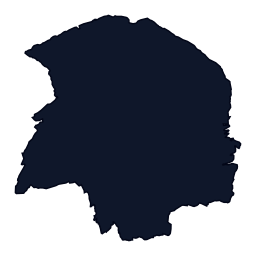 outline of Pacureti, Prahova, Romania
{"feature_id": "2599482B22577763197950", "entity_name": "Pacureti", "entity_type": "district", "adm_level": 2, "iso_a3": "ROU", "parent_name": "Romania", "parent_adm1": "Prahova", "projection": "albers", "projection_center": [26.139, 45.145], "detail": "fine", "context": "isolated", "style": "filled", "palette": "ink", "viewbox_px": 256, "rotation_deg": 0, "n_neighbors": 0, "source": "geoboundaries", "source_scale": "gbopen_adm2", "svg_char_len": 5749}
<svg xmlns="http://www.w3.org/2000/svg" viewBox="0 0 256 256"><path d="M171.0,224.5L168.6,223.0L167.5,221.4L167.9,220.7L168.4,215.3L169.6,213.5L170.0,211.9L170.5,211.5L174.3,210.5L175.5,209.3L181.8,205.3L182.9,205.1L187.2,205.6L187.2,204.7L188.0,204.5L191.8,205.7L192.7,206.1L194.1,206.4L196.9,205.4L198.3,204.3L198.9,203.3L199.7,203.0L201.7,203.6L206.7,206.0L206.9,205.9L206.9,204.5L208.0,204.4L208.1,203.4L208.6,202.6L210.5,202.3L215.0,200.5L216.0,200.8L220.0,200.4L221.0,201.2L224.0,202.3L226.8,202.3L227.7,202.7L229.0,202.1L229.7,201.4L230.5,198.2L231.0,197.2L231.9,195.7L233.0,195.2L233.4,194.8L233.7,193.2L232.2,191.8L231.8,191.0L232.0,189.7L232.6,188.4L232.5,185.5L231.8,184.7L231.8,183.5L233.1,180.8L233.2,180.3L233.8,179.6L233.2,178.1L234.9,171.9L236.2,170.4L237.2,168.3L237.4,166.4L237.1,164.8L232.7,163.6L231.4,163.8L228.7,164.8L225.3,164.5L223.0,165.0L222.7,164.7L222.9,164.3L229.3,162.6L230.6,161.8L231.9,161.4L232.6,160.6L233.5,159.5L233.7,158.7L233.8,155.9L233.7,155.4L233.0,154.8L231.2,155.6L230.5,155.3L230.6,154.6L230.9,154.2L234.7,152.4L235.5,151.4L235.6,149.4L235.3,147.8L234.7,146.7L234.8,146.0L235.3,145.8L235.9,146.0L237.1,147.5L239.0,148.4L239.5,147.7L239.5,146.6L240.4,145.2L240.6,143.8L239.2,142.2L235.6,141.0L233.7,139.8L233.1,139.7L231.4,140.7L230.6,140.4L230.9,139.9L233.2,139.1L233.3,138.7L233.1,138.3L230.2,138.9L229.3,137.8L227.8,137.4L225.4,137.4L225.3,137.2L225.6,136.7L226.6,136.2L227.2,134.8L228.6,133.9L228.7,133.4L228.1,133.0L225.6,134.1L224.6,133.9L224.5,133.3L227.6,131.4L228.3,131.2L228.8,130.6L228.4,130.1L227.9,130.1L224.8,130.8L223.9,130.4L223.8,129.9L224.5,129.3L229.5,126.4L229.5,125.8L229.1,125.2L228.4,125.1L223.6,125.4L223.3,123.8L228.2,123.8L228.0,119.7L229.0,118.7L230.0,116.8L228.4,117.0L227.9,111.8L230.6,107.4L230.4,104.9L229.6,102.7L230.1,101.7L230.0,99.9L230.3,99.0L230.0,96.7L230.0,96.4L230.6,96.1L231.1,94.9L230.8,90.3L231.2,89.4L229.9,82.9L229.9,81.8L228.6,80.6L226.1,79.0L224.9,77.5L225.0,76.3L223.7,74.0L222.4,70.9L222.1,69.6L220.3,67.5L220.3,66.8L215.7,62.8L209.0,59.5L206.1,56.5L205.0,55.0L201.6,52.7L200.2,50.7L198.1,49.8L196.4,48.7L194.7,46.2L193.8,45.3L187.4,41.4L182.9,39.8L178.3,37.1L175.2,36.3L173.7,34.6L171.8,33.5L168.6,31.0L164.3,28.5L162.8,28.7L160.4,27.1L158.6,26.4L158.2,25.7L157.1,25.0L154.3,22.3L151.8,20.7L149.8,20.0L147.4,18.3L140.8,19.9L137.9,21.2L136.7,22.8L135.9,23.3L133.0,23.8L129.3,22.9L128.9,22.1L128.9,20.0L128.7,19.6L127.2,17.9L126.1,17.4L121.3,16.4L116.5,16.4L115.1,15.9L113.6,17.0L112.9,17.1L108.5,15.4L108.0,15.5L107.7,15.9L104.2,16.4L98.9,18.6L98.5,19.2L96.6,19.8L96.3,19.6L95.9,20.1L95.6,19.9L95.4,20.2L94.8,20.1L95.3,19.9L95.0,19.4L94.5,19.9L94.1,19.9L93.0,20.5L92.4,21.1L92.5,21.5L83.6,23.9L79.6,25.6L79.2,25.8L79.8,28.5L78.4,29.0L76.3,27.2L74.7,27.5L69.0,30.1L66.8,31.6L65.2,31.5L63.6,32.2L61.0,34.3L58.5,35.5L58.0,36.3L56.9,36.4L55.2,36.0L53.3,36.6L51.3,38.1L50.1,39.8L48.0,40.5L44.5,42.6L42.8,43.1L41.7,44.2L40.4,44.8L39.7,45.0L37.5,44.6L34.1,45.7L32.7,47.2L31.9,48.9L31.3,49.5L28.4,50.3L26.8,51.4L25.8,51.5L25.5,51.8L25.1,53.1L27.3,54.9L29.9,56.7L31.8,56.7L32.5,57.6L34.3,57.9L35.9,58.9L37.2,60.3L38.9,60.6L40.1,61.8L41.0,62.2L42.6,64.5L44.7,66.3L47.1,67.2L49.9,70.2L50.0,70.9L49.1,71.7L48.8,73.6L49.1,74.6L50.0,75.1L51.0,77.2L51.5,77.8L51.0,78.9L52.3,81.5L52.2,84.4L53.9,87.7L54.7,88.4L55.0,89.1L55.0,89.5L54.2,90.7L54.4,91.8L55.4,92.6L54.7,93.9L54.6,95.1L55.4,96.2L57.4,96.7L57.6,97.7L56.4,97.8L55.9,99.2L54.9,100.4L50.8,103.8L49.7,104.2L47.6,104.3L41.2,110.3L37.7,112.9L34.8,114.3L34.5,114.7L34.5,116.4L33.7,117.1L32.4,117.5L34.4,119.8L35.9,120.8L39.4,120.4L42.5,119.0L42.9,121.7L41.8,122.2L40.3,122.2L38.5,124.7L37.8,124.7L37.3,125.3L36.1,125.2L34.8,126.9L34.7,127.1L37.1,129.2L37.5,130.2L37.4,131.0L36.8,132.1L35.4,133.3L33.8,135.9L32.5,138.8L29.1,141.9L28.5,144.0L26.2,148.8L24.9,150.4L23.7,153.3L22.2,153.2L22.2,153.6L22.9,154.3L22.6,154.8L23.7,157.9L23.8,158.9L21.5,164.1L21.5,164.4L22.1,164.7L24.6,164.2L24.9,164.5L25.0,165.0L23.8,167.6L19.1,175.8L18.5,177.8L17.8,179.0L17.7,180.7L18.5,181.1L18.4,182.1L17.8,183.0L17.0,185.1L15.7,186.2L15.4,192.4L15.5,192.8L16.4,193.5L23.7,193.2L24.8,191.7L26.5,190.4L27.6,188.1L29.1,187.4L30.1,185.4L30.7,185.0L31.5,185.2L34.0,187.5L36.2,187.3L38.2,188.2L40.1,187.8L43.0,187.9L46.2,188.6L55.9,185.6L58.6,184.2L66.0,182.9L68.8,181.3L69.7,183.0L72.8,182.6L75.0,181.9L79.0,185.8L79.5,185.8L81.3,184.7L84.2,190.5L84.4,192.7L85.7,192.0L86.8,192.0L87.2,192.0L88.4,193.1L89.2,196.1L89.3,198.9L90.6,202.8L90.7,204.0L90.4,206.6L90.9,206.7L92.1,205.6L93.1,205.5L93.3,204.6L94.4,204.8L94.7,205.2L95.0,207.6L94.8,208.4L95.1,209.3L95.2,211.3L96.1,212.2L96.3,213.5L95.9,214.7L95.1,215.6L94.2,215.9L94.9,217.3L94.3,218.1L94.2,218.9L93.8,219.7L94.2,220.3L94.7,220.3L96.6,218.8L96.6,220.1L96.1,221.7L97.1,222.7L97.8,222.2L98.3,222.9L99.0,223.4L98.9,223.7L98.4,223.5L98.4,223.9L99.0,224.1L99.6,225.7L100.5,228.6L101.3,233.0L102.2,233.7L104.9,231.8L105.8,231.8L106.3,232.1L106.8,231.3L108.0,230.5L110.6,227.9L111.0,225.0L112.0,225.0L113.2,224.1L113.2,222.4L113.1,222.1L113.5,221.8L114.2,222.2L114.6,223.1L115.5,223.7L116.3,224.9L116.5,225.7L118.1,226.9L118.5,228.6L118.3,229.7L118.4,231.0L118.8,231.4L118.6,232.7L118.8,233.0L119.3,232.8L119.6,233.0L120.4,236.7L121.9,238.5L122.3,239.5L122.9,240.0L125.9,239.5L126.1,240.0L127.9,240.2L128.8,240.6L130.6,240.3L131.4,239.9L132.5,239.9L132.4,238.6L132.8,237.6L135.9,238.1L138.0,237.4L138.0,236.9L138.9,236.5L141.5,237.5L142.0,237.3L143.8,239.2L144.8,239.7L146.8,239.5L151.6,237.4L153.2,237.5L153.6,236.8L153.6,236.0L155.4,235.8L156.8,235.0L157.9,235.4L159.5,235.5L160.5,235.1L162.8,234.9L163.0,233.7L163.9,234.1L165.2,234.2L165.8,234.7L166.9,234.9L167.3,235.3L168.7,235.3L169.9,234.0L170.3,233.2L170.9,229.0L171.0,224.5Z" fill="#0f172a" stroke="#020617" stroke-width="1.5"/></svg>